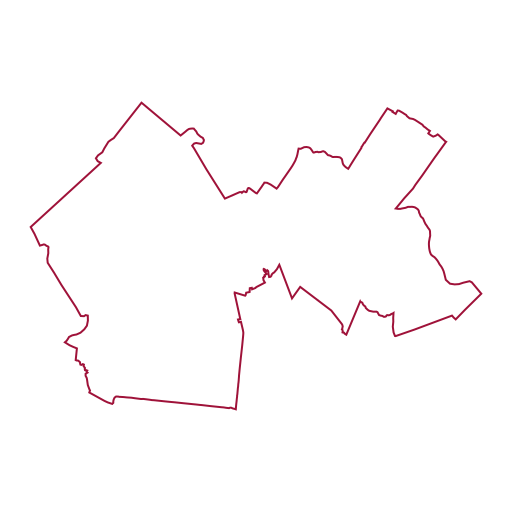 Lucieni, Dâmbovita, Romania (Mercator projection)
{"feature_id": "2599482B65138358361276", "entity_name": "Lucieni", "entity_type": "district", "adm_level": 2, "iso_a3": "ROU", "parent_name": "Romania", "parent_adm1": "Dâmbovita", "projection": "mercator", "projection_center": [25.413, 44.845], "detail": "fine", "context": "isolated", "style": "outline", "palette": "rose", "viewbox_px": 512, "rotation_deg": 0, "n_neighbors": 0, "source": "geoboundaries", "source_scale": "gbopen_adm2", "svg_char_len": 6012}
<svg xmlns="http://www.w3.org/2000/svg" viewBox="0 0 512 512"><path d="M446.1,141.8L445.0,141.1L438.4,134.9L437.6,134.4L436.7,135.1L435.5,135.8L433.2,136.6L431.4,135.6L429.0,134.0L428.3,133.4L429.9,130.9L427.6,129.4L425.6,127.7L423.7,126.4L422.4,124.7L415.0,119.9L413.1,119.0L409.5,118.3L407.0,116.2L406.1,114.9L404.7,114.1L402.6,112.7L399.1,110.7L397.7,110.5L396.9,111.7L395.8,113.7L395.7,113.9L392.5,111.9L392.8,111.3L387.4,108.4L383.9,113.6L380.4,118.8L380.3,119.1L370.3,134.0L364.8,142.6L364.5,142.5L364.3,142.7L364.1,143.0L363.4,144.1L361.8,146.7L361.4,147.1L361.4,147.9L353.5,160.3L350.5,165.1L349.3,167.1L348.2,168.8L345.8,167.2L344.6,166.1L343.4,164.7L343.0,163.9L342.7,163.0L342.1,160.0L341.9,159.2L341.1,158.3L340.3,157.6L339.2,157.2L336.6,156.9L332.8,157.0L332.0,156.7L330.7,155.9L329.4,155.4L328.1,155.2L327.5,154.7L327.1,154.2L324.9,151.9L323.7,151.4L323.1,151.2L322.5,151.4L321.8,151.6L320.9,152.0L318.4,152.2L317.5,151.8L315.3,152.0L314.9,152.3L313.7,152.6L313.2,152.4L312.6,151.5L311.4,149.7L310.3,148.3L309.2,147.6L308.2,147.3L306.4,147.0L304.1,147.2L300.7,148.8L298.6,148.6L298.4,149.5L298.2,150.3L297.4,154.4L296.6,157.3L296.2,158.1L295.4,160.4L294.1,162.8L292.5,165.6L290.8,168.2L284.7,177.0L283.2,179.1L281.8,181.2L278.8,185.8L277.7,187.4L276.8,188.3L276.6,188.6L270.7,184.6L267.1,182.8L264.4,182.6L263.4,184.2L262.3,185.7L261.9,186.4L261.6,186.8L256.9,193.4L256.1,193.1L255.7,192.9L252.4,190.4L250.2,188.7L249.2,188.1L248.6,188.0L248.1,188.2L247.8,188.5L247.1,190.5L246.6,191.9L246.4,192.1L245.9,192.2L245.3,192.0L244.8,191.6L244.2,191.4L243.6,191.3L243.2,191.6L242.0,192.7L241.7,192.1L239.7,192.1L224.9,198.6L206.4,169.3L193.9,148.1L192.2,145.7L193.1,144.6L194.2,143.5L196.2,143.0L198.4,143.4L201.3,143.9L203.0,142.8L203.6,141.5L203.9,140.0L202.8,137.9L200.5,136.6L198.2,134.6L197.3,133.6L196.2,131.4L195.1,130.2L193.8,128.6L192.5,128.5L191.3,128.6L190.3,128.7L189.3,128.9L188.7,129.1L188.1,129.5L187.2,130.1L185.1,131.9L182.0,134.4L180.6,135.5L141.5,102.7L119.2,131.1L113.8,138.1L110.8,140.0L108.4,141.8L104.3,148.4L102.3,152.3L98.0,155.4L95.9,158.3L97.7,161.2L100.8,162.9L30.7,227.0L34.5,233.9L39.9,245.6L41.7,245.1L43.9,244.4L45.2,244.8L46.4,245.8L48.1,246.5L48.5,247.1L48.2,249.3L48.3,253.2L47.3,258.6L47.7,262.8L51.1,268.1L54.3,273.1L55.0,274.3L61.5,285.1L76.0,307.3L80.8,316.0L84.0,316.2L85.6,315.1L87.8,315.6L87.9,320.6L86.9,325.7L84.3,329.3L80.5,332.7L76.5,334.5L74.2,334.9L72.1,335.4L70.7,336.1L69.0,337.0L67.9,338.9L66.6,340.8L64.9,342.3L69.5,345.2L73.2,346.9L76.9,348.4L75.7,360.1L76.7,360.5L77.9,360.5L78.9,361.2L80.0,362.2L80.1,363.5L80.4,364.6L81.5,364.9L82.8,364.1L83.9,364.6L83.6,366.1L85.0,368.0L84.7,368.9L85.0,370.1L86.1,370.1L87.1,370.5L86.6,371.1L86.5,371.6L87.5,372.6L85.6,373.8L85.6,375.8L86.7,377.9L87.0,379.3L87.8,385.0L89.5,389.6L90.0,390.4L89.3,392.5L104.5,400.9L107.7,402.4L112.2,403.9L112.5,403.5L113.2,403.0L113.3,402.5L113.3,401.2L113.7,399.5L114.6,397.6L116.1,396.5L118.4,396.6L119.4,396.9L120.6,396.9L124.0,397.1L126.6,397.4L131.3,397.7L134.7,398.2L140.9,399.0L142.2,399.0L143.0,398.9L145.5,399.2L149.4,399.7L150.7,399.9L151.9,400.1L153.8,400.2L165.2,401.4L168.2,401.7L171.3,402.0L174.7,402.3L183.2,403.2L196.1,404.5L199.7,404.9L202.0,405.1L210.6,406.1L217.4,406.8L221.2,407.2L223.7,407.4L226.1,407.8L227.8,408.0L228.8,408.1L229.2,408.1L229.7,407.8L230.2,407.7L230.7,407.7L231.1,407.7L232.5,408.3L233.3,408.6L234.0,408.7L234.6,408.9L235.8,409.3L236.1,405.5L236.3,403.6L236.6,401.1L236.8,398.9L237.1,396.5L237.1,395.5L237.3,394.5L237.4,393.5L237.9,387.9L238.1,386.6L238.2,385.2L238.3,383.8L238.5,382.5L238.7,380.4L238.8,378.9L238.9,377.7L239.0,376.2L239.0,375.8L239.8,367.6L240.8,358.1L242.2,345.5L243.1,336.2L243.3,333.7L243.3,332.3L242.9,330.0L241.0,321.9L238.9,322.3L238.4,320.9L238.0,319.5L239.6,319.2L240.3,319.2L234.6,293.3L234.7,292.5L245.2,295.7L245.5,295.4L246.0,293.7L246.2,292.7L249.2,292.1L249.6,292.0L249.8,288.2L251.8,287.8L252.1,289.3L255.4,288.0L256.3,287.1L264.9,282.6L263.5,280.2L263.2,277.8L263.6,277.7L263.9,277.4L263.9,276.7L264.9,276.4L264.6,275.1L266.5,274.1L266.1,273.3L265.3,272.4L264.8,271.8L263.8,270.5L263.7,269.7L263.6,269.1L263.8,268.9L264.4,269.2L265.0,269.6L265.4,270.4L266.1,271.1L266.3,271.2L267.2,270.2L268.1,271.0L268.3,271.9L268.4,273.4L268.7,275.1L268.9,276.0L269.2,276.8L269.2,277.0L270.5,276.8L271.4,275.7L271.7,274.5L272.8,273.3L274.2,272.4L276.9,269.2L277.9,267.4L279.3,264.8L279.9,266.3L281.4,270.3L291.6,297.3L292.0,298.4L300.2,286.9L331.4,310.6L331.2,310.4L341.9,324.1L342.4,325.1L342.7,326.5L342.5,327.3L342.3,328.5L341.9,329.4L342.5,330.0L342.7,331.2L342.5,332.4L343.1,332.6L343.7,332.5L344.2,332.8L344.6,333.6L345.8,334.4L346.3,334.7L360.2,301.4L360.3,301.6L362.3,302.7L362.9,304.2L363.8,305.4L365.3,306.5L365.8,308.0L367.7,309.8L369.2,310.8L373.4,311.7L376.6,311.7L377.5,312.2L378.3,313.7L379.1,315.1L381.0,315.7L382.3,315.9L383.0,316.3L383.8,316.8L384.9,316.8L386.0,316.4L386.7,315.3L387.6,315.1L388.4,315.3L389.6,315.1L390.6,314.6L391.2,314.0L391.9,313.8L392.9,313.4L393.5,313.0L393.2,317.9L393.3,321.7L392.8,326.7L393.6,332.5L395.0,336.0L395.6,336.1L414.4,329.6L452.0,315.6L453.6,317.5L455.7,319.4L465.0,309.8L481.3,293.7L471.8,282.3L469.6,281.2L463.3,282.7L459.0,284.1L454.7,284.4L450.0,283.7L445.8,279.8L444.3,273.7L443.6,271.2L442.5,268.7L441.3,266.6L439.6,264.4L438.4,262.2L437.4,260.6L435.9,258.7L434.5,257.2L432.5,255.9L431.0,254.5L430.3,252.9L429.9,251.7L429.6,250.5L429.2,248.3L429.0,246.1L428.9,244.0L429.0,241.9L429.3,240.2L429.5,239.2L429.7,237.9L430.0,236.8L430.2,235.6L430.1,233.7L430.0,231.1L429.5,229.7L427.9,227.6L426.8,225.8L425.5,224.0L424.8,222.6L424.2,221.3L423.7,220.0L423.0,218.4L421.9,217.5L420.9,216.5L420.4,215.7L420.0,214.5L419.1,212.6L418.8,210.9L418.1,209.6L417.0,208.7L415.2,207.5L414.0,207.1L412.2,206.8L407.9,206.9L405.6,207.8L401.9,208.5L400.2,208.9L398.2,208.9L395.8,208.5L396.4,207.8L404.2,198.3L413.0,188.6L415.4,184.8L422.2,175.5L429.9,164.4L430.7,163.3L431.0,162.8L435.0,157.1L436.7,154.8L446.0,141.9L446.1,141.8Z" fill="none" stroke="#9f1239" stroke-width="2"/></svg>